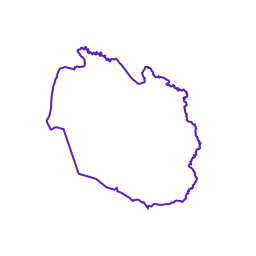 Ixcateopan de Cuauhtémoc, Guerrero, Mexico (Natural Earth projection), rotated 137°
{"feature_id": "50627088B27024757468193", "entity_name": "Ixcateopan de Cuauhtémoc", "entity_type": "district", "adm_level": 2, "iso_a3": "MEX", "parent_name": "Mexico", "parent_adm1": "Guerrero", "projection": "natural_earth1", "projection_center": [-99.804, 18.463], "detail": "fine", "context": "isolated", "style": "outline", "palette": "violet", "viewbox_px": 256, "rotation_deg": 137, "n_neighbors": 0, "source": "geoboundaries", "source_scale": "gbopen_adm2", "svg_char_len": 5667}
<svg xmlns="http://www.w3.org/2000/svg" viewBox="0 0 256 256"><g transform="rotate(137 128 128)"><path d="M185.5,179.5L183.7,178.6L182.1,178.6L181.4,178.4L179.5,177.0L179.0,176.3L176.8,172.3L175.8,171.4L195.3,128.2L186.1,112.7L184.1,99.1L180.0,92.2L177.0,91.9L177.6,90.6L179.0,88.8L178.3,88.0L177.1,85.2L174.7,76.7L174.1,71.2L171.9,70.9L169.0,68.0L168.9,65.5L168.2,63.4L167.1,63.2L168.1,56.7L168.1,55.8L166.5,57.0L166.1,57.2L164.3,54.6L162.0,54.8L160.7,54.7L159.7,53.9L158.8,52.1L155.7,48.7L152.8,46.9L149.8,44.2L148.6,43.8L147.0,43.9L144.9,42.1L143.5,42.6L141.8,41.7L140.4,39.8L139.5,38.9L139.3,38.1L139.0,38.0L138.7,36.9L137.6,36.8L136.6,37.2L135.6,36.9L134.2,37.4L133.7,37.0L132.6,37.8L132.4,38.2L132.1,38.5L130.6,39.6L130.3,39.7L129.9,39.5L129.3,39.4L128.6,39.0L128.3,39.0L128.1,39.8L128.1,40.1L127.8,40.6L127.0,41.0L126.4,40.4L125.4,41.6L124.4,40.9L123.8,40.8L123.2,41.1L122.9,40.9L122.6,40.0L122.2,39.9L121.8,40.2L120.8,40.3L120.6,40.9L120.1,41.3L119.9,41.6L119.7,41.9L119.2,41.6L118.5,41.8L117.3,41.8L117.0,41.9L116.6,42.3L116.2,42.5L115.6,42.5L114.2,43.0L113.6,43.0L112.5,43.8L111.8,44.2L111.7,45.0L111.9,45.8L111.5,46.5L111.5,47.5L110.4,48.4L110.4,49.2L109.4,50.1L109.2,51.0L109.4,51.3L109.3,52.1L109.2,52.6L108.8,53.6L108.7,54.0L109.0,55.3L109.0,56.1L109.5,57.1L109.6,58.2L108.9,59.2L107.6,59.4L107.0,58.9L106.6,58.4L106.1,59.0L106.1,59.4L105.4,60.3L105.3,60.7L104.8,60.3L104.3,60.4L103.7,61.1L103.3,61.2L102.9,61.6L102.5,61.7L101.8,61.6L100.7,62.2L100.2,61.6L99.6,61.3L98.6,61.4L98.4,61.7L98.4,62.5L98.2,63.0L97.9,63.0L97.4,62.3L96.9,62.0L96.4,62.3L96.1,62.3L95.2,63.2L95.3,63.8L95.2,64.1L94.7,64.1L93.3,64.9L92.1,65.3L91.8,65.3L90.8,64.1L90.3,64.2L90.1,64.4L89.4,64.1L89.0,64.3L88.6,64.9L88.2,65.8L86.7,66.6L86.7,67.8L86.5,68.0L86.1,68.1L85.9,68.3L85.8,68.6L85.4,68.2L85.4,69.0L84.9,69.5L84.8,69.8L85.3,70.9L85.3,71.2L84.8,72.1L84.3,72.4L84.1,73.5L83.5,74.2L83.5,75.1L83.7,75.8L83.6,76.3L83.2,76.9L82.4,77.2L82.1,77.9L81.8,78.3L81.6,79.0L81.0,79.5L80.7,80.0L79.3,81.0L79.0,81.0L78.7,80.9L78.3,81.1L78.2,82.0L78.0,82.5L77.7,82.7L77.8,84.3L76.8,85.0L77.7,85.7L78.1,87.1L77.5,88.3L77.5,89.0L78.4,89.9L79.3,91.6L79.5,92.0L79.5,92.6L79.7,93.1L79.7,93.8L79.3,94.2L78.7,94.2L77.9,95.1L77.6,95.9L77.5,96.9L76.8,97.2L76.6,97.6L76.1,97.7L75.8,97.9L75.7,98.5L75.9,99.0L75.4,99.7L75.3,100.5L75.0,101.1L74.7,101.6L74.3,101.7L74.2,102.0L73.9,102.3L73.9,103.0L73.4,103.2L73.0,103.9L72.7,104.8L72.5,105.1L72.1,105.1L71.5,104.6L70.2,105.1L69.7,104.7L68.9,105.3L68.7,105.9L68.1,106.9L68.1,107.4L68.4,107.6L68.7,108.7L68.6,109.5L68.3,110.2L67.3,111.0L67.0,112.0L66.5,112.1L66.1,112.0L66.1,111.9L66.4,111.5L66.5,111.1L66.3,110.8L65.7,111.3L65.3,111.4L64.8,111.3L64.3,111.1L63.9,110.7L63.5,110.6L62.9,111.3L61.8,111.9L61.6,112.4L61.9,112.8L62.0,113.0L61.9,113.4L61.0,113.8L60.7,114.5L60.7,115.0L61.1,115.3L61.2,115.6L61.0,118.2L61.1,118.3L62.2,118.3L63.1,118.6L63.4,119.5L63.4,119.9L64.1,120.2L63.9,120.9L64.1,121.4L64.5,121.6L65.0,120.9L65.5,120.8L65.7,121.0L65.8,122.4L64.5,123.2L64.8,123.7L65.8,124.2L66.3,124.7L66.3,125.1L66.5,125.8L66.5,126.2L66.3,126.5L65.8,126.4L65.4,126.7L65.3,127.0L65.4,128.3L65.5,128.5L66.2,128.6L66.7,128.2L67.9,128.9L68.2,129.0L68.3,129.5L68.5,129.8L68.6,130.3L68.3,130.5L68.4,131.0L68.9,131.9L69.8,132.8L70.1,133.3L70.1,133.7L69.6,133.8L66.8,133.3L66.2,133.8L66.1,135.5L66.9,137.3L67.2,138.2L67.2,139.2L67.5,140.3L68.0,140.7L69.3,143.2L69.7,143.4L70.6,143.4L70.8,143.9L70.5,144.9L71.3,144.9L72.6,145.7L73.1,146.4L73.4,147.6L72.7,148.8L72.7,149.2L72.8,149.7L73.1,149.9L73.1,150.2L72.9,150.5L72.3,150.7L71.8,151.4L71.5,153.0L71.7,153.5L71.6,154.0L71.2,154.8L71.0,156.3L71.2,157.3L72.1,157.7L72.2,158.0L71.7,158.9L71.9,159.2L72.2,159.3L72.4,159.6L72.8,160.0L73.3,160.7L73.6,160.8L75.6,159.8L77.3,159.4L78.4,159.0L80.1,158.7L81.6,155.7L81.7,155.0L82.1,154.0L81.8,152.8L82.9,152.4L83.3,151.4L84.1,150.7L84.4,150.3L88.8,152.0L90.1,153.0L90.5,153.9L90.7,157.0L91.0,158.3L91.3,160.4L91.3,164.2L89.9,176.0L89.9,177.3L89.7,179.5L89.9,181.4L89.5,184.3L89.4,186.8L89.8,187.1L90.3,187.0L91.3,187.4L92.0,188.5L92.9,189.5L94.1,190.0L94.4,189.9L95.0,189.2L95.6,188.9L96.0,189.3L96.1,189.7L96.0,190.0L95.5,190.6L95.3,191.2L95.3,192.0L95.3,192.3L95.6,192.4L96.9,191.9L97.3,192.3L97.0,192.8L96.6,194.3L96.7,195.2L96.6,195.6L96.5,195.8L95.7,196.0L95.3,196.5L95.7,196.8L96.7,196.4L97.0,196.6L97.3,199.1L97.6,199.5L98.8,199.4L99.1,199.6L99.1,199.9L99.1,200.2L98.4,200.7L96.4,201.0L96.3,201.7L96.9,201.8L97.7,201.7L98.4,201.8L99.2,202.4L99.2,204.0L99.1,204.5L99.2,204.8L99.7,205.0L100.1,204.8L100.2,204.4L100.8,203.9L101.5,203.8L101.7,204.0L101.7,204.6L101.6,205.2L101.6,206.4L101.9,206.6L103.7,205.9L103.9,206.1L103.7,206.7L103.7,207.8L103.6,208.8L103.9,209.6L104.8,209.3L105.6,209.3L105.8,209.8L105.9,210.4L105.8,211.0L105.1,211.4L104.8,212.2L104.5,212.3L103.7,212.0L103.4,212.3L103.4,212.7L104.0,213.2L104.6,213.5L104.9,214.0L104.8,214.6L103.7,215.6L103.6,216.0L103.8,216.3L105.3,216.2L106.3,215.5L106.5,215.7L106.7,216.1L107.0,218.4L107.3,218.6L107.5,218.5L108.8,218.0L109.1,218.0L109.4,218.1L109.8,218.6L110.0,218.7L110.5,218.8L111.2,219.2L111.8,219.2L112.3,218.7L112.4,218.2L112.7,217.2L112.8,215.3L113.3,214.0L113.2,213.5L113.5,212.2L113.4,211.7L112.8,210.1L113.1,208.8L113.5,207.3L114.0,206.7L114.2,206.0L114.7,205.7L116.5,203.6L117.0,203.4L118.2,203.3L118.9,203.4L119.4,203.7L120.6,204.9L120.8,204.9L121.1,205.2L121.7,205.5L122.3,206.1L123.0,207.3L123.6,208.0L125.2,207.8L125.5,208.6L127.3,207.5L132.6,215.8L134.4,216.3L137.5,217.9L142.3,215.9L144.1,214.8L144.8,213.8L146.0,213.3L147.0,213.5L152.5,210.1L154.3,209.4L163.5,202.2L170.6,195.1L176.5,191.0L177.5,190.3L182.1,189.0L183.4,187.1L185.5,179.5Z" fill="none" stroke="#5b21b6" stroke-width="2"/></g></svg>